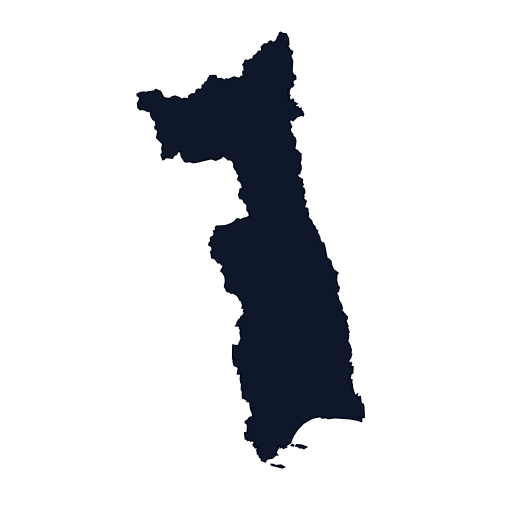 the district of Sam Roi Yot, Prachuap Khiri Khan, Thailand, rotated 77°
{"feature_id": "78962969B49973516992329", "entity_name": "Sam Roi Yot", "entity_type": "district", "adm_level": 2, "iso_a3": "THA", "parent_name": "Thailand", "parent_adm1": "Prachuap Khiri Khan", "projection": "albers", "projection_center": [99.769, 12.241], "detail": "fine", "context": "isolated", "style": "filled", "palette": "ink", "viewbox_px": 512, "rotation_deg": 77, "n_neighbors": 0, "source": "geoboundaries", "source_scale": "gbopen_adm2", "svg_char_len": 6059}
<svg xmlns="http://www.w3.org/2000/svg" viewBox="0 0 512 512"><g transform="rotate(77 256 256)"><path d="M459.2,292.3L458.5,293.4L457.8,293.3L456.9,292.3L457.1,291.5L456.2,291.1L456.6,285.3L454.3,281.8L454.6,279.8L452.4,281.1L446.3,276.2L447.3,275.1L448.2,275.4L447.7,274.0L449.6,272.6L449.0,269.2L448.1,269.7L447.2,268.8L445.9,264.6L439.9,260.5L434.6,254.9L429.7,247.6L427.2,239.8L426.6,234.7L426.9,230.0L427.2,229.1L428.7,228.3L429.3,223.8L430.6,222.5L431.3,215.5L435.5,201.6L438.5,194.5L441.0,190.4L438.0,189.6L436.9,190.4L437.6,186.8L426.6,184.8L424.2,185.1L423.6,186.8L416.4,186.0L416.5,188.8L414.9,189.2L413.5,188.4L414.5,191.0L405.9,191.7L402.2,191.1L401.4,191.6L398.3,190.4L397.3,192.2L393.3,190.6L391.1,188.8L391.7,188.2L385.8,186.4L385.2,188.8L381.9,187.0L381.2,187.4L381.8,189.7L378.5,189.1L376.1,186.5L373.1,184.9L371.1,185.4L369.2,184.3L363.9,184.7L359.3,186.1L358.1,185.1L357.4,185.4L356.8,184.5L353.9,183.6L352.8,184.0L350.8,182.5L350.7,183.2L347.6,182.8L346.1,183.7L345.3,182.2L339.2,183.1L337.4,181.1L335.7,180.7L335.0,181.7L332.3,182.5L331.7,183.5L330.5,183.5L329.0,185.0L325.7,183.6L320.7,184.1L319.9,184.9L316.2,185.5L313.7,185.1L310.4,186.1L309.3,185.9L309.1,183.8L305.3,182.0L303.0,183.0L298.0,183.1L292.5,181.6L291.0,179.9L286.9,183.6L281.0,184.6L278.1,184.2L275.2,185.9L274.4,187.4L260.2,186.9L258.4,187.3L258.3,188.6L255.8,189.9L250.7,189.9L247.4,191.1L245.4,190.4L242.8,192.2L240.9,191.9L237.9,193.8L234.4,194.0L229.9,196.6L225.9,195.2L225.3,195.7L222.3,195.0L221.0,195.5L220.2,197.5L218.9,197.8L213.9,194.8L210.2,197.3L209.2,196.0L206.5,195.8L205.7,194.6L204.2,194.0L200.9,194.1L200.0,195.3L198.6,195.8L197.1,193.9L195.0,194.6L192.0,193.6L188.0,197.6L185.3,197.0L185.5,194.8L184.3,194.7L182.0,192.8L178.3,191.8L175.5,192.4L172.3,190.6L166.4,189.3L164.9,191.1L163.0,191.6L160.5,194.3L152.8,191.3L149.2,191.6L147.7,193.5L145.8,192.7L144.2,193.9L142.0,194.3L139.9,194.1L138.1,192.2L133.4,193.2L131.5,192.8L130.7,191.3L132.5,189.5L129.6,184.8L128.9,180.1L129.9,178.4L128.4,177.7L127.6,177.9L127.3,179.1L126.3,178.0L123.7,179.3L122.2,178.9L122.3,181.4L120.2,181.5L119.4,184.5L117.6,183.9L116.9,181.8L114.0,185.1L112.6,184.3L111.7,184.6L111.5,185.3L112.7,186.8L112.1,187.6L111.0,188.1L109.8,187.7L109.5,188.6L107.8,187.6L107.6,189.1L105.5,188.7L106.5,187.1L104.2,187.7L103.6,186.6L102.0,187.4L101.5,185.8L100.4,186.4L100.7,185.5L99.1,184.2L99.4,182.6L97.7,180.7L95.5,182.1L95.2,180.9L93.5,181.0L92.4,177.4L90.4,177.1L89.2,177.1L89.1,179.0L88.1,178.3L86.0,179.3L83.7,179.3L74.2,176.5L68.6,177.3L66.5,174.9L64.8,174.4L62.8,176.8L61.1,176.8L59.0,178.3L57.6,176.6L51.4,175.5L46.2,176.8L45.3,180.0L43.6,181.6L44.2,183.2L45.8,183.5L47.5,185.7L49.8,186.9L51.9,189.5L51.5,192.0L49.9,193.1L50.1,195.0L51.6,196.0L52.0,198.4L51.3,200.2L53.7,203.8L56.8,203.9L57.8,205.6L57.1,207.3L59.7,210.2L60.6,213.2L63.8,215.2L63.1,217.4L64.0,219.6L63.0,221.7L63.2,222.8L65.4,223.9L66.4,225.7L69.1,224.9L70.4,225.5L72.3,225.3L73.5,227.4L77.6,227.8L78.2,228.6L77.6,229.9L79.4,232.4L76.7,237.0L77.8,243.4L76.8,245.3L77.8,247.0L75.1,250.4L75.2,252.5L73.9,254.6L71.7,254.4L70.9,255.4L70.0,260.3L71.0,260.7L71.6,262.1L75.2,264.4L75.2,266.4L77.7,268.2L77.5,269.9L79.9,270.4L81.4,272.3L81.6,273.1L80.5,274.2L80.8,276.6L83.6,278.1L84.3,279.6L83.7,282.2L84.8,285.2L87.0,286.0L87.9,287.7L86.8,288.7L86.2,291.0L87.0,292.9L85.0,294.5L82.0,298.9L82.2,302.4L83.3,304.3L82.0,308.4L80.7,310.4L74.1,312.1L71.2,316.3L72.5,318.4L71.8,324.1L72.2,325.9L71.1,328.3L70.8,332.1L71.7,335.5L73.3,335.5L73.8,334.5L76.1,333.6L79.4,335.7L80.2,337.0L85.0,337.6L87.5,335.9L87.3,334.3L89.1,330.6L90.5,329.5L90.8,326.5L96.1,326.9L99.7,325.7L101.9,323.6L106.7,324.0L107.4,324.6L107.3,325.4L109.1,325.6L111.3,323.6L112.5,323.5L118.4,326.2L125.8,321.6L130.5,323.7L134.0,323.5L136.1,325.7L141.2,325.1L141.0,323.7L139.6,321.8L141.9,315.5L139.3,313.2L139.2,310.9L136.9,308.6L136.6,307.6L137.9,306.0L141.8,306.3L147.7,304.3L148.5,303.5L149.2,298.7L150.6,297.0L151.2,293.7L151.1,277.7L153.6,273.7L152.6,268.0L150.7,265.8L153.8,262.8L156.0,261.6L156.1,259.8L157.9,257.5L161.7,256.7L163.7,257.5L166.4,257.1L168.7,255.6L171.5,255.7L173.3,254.0L177.4,256.6L180.9,254.1L186.6,253.5L187.5,256.6L190.3,257.5L192.0,259.0L195.5,259.0L196.4,258.6L197.5,255.9L200.9,255.5L204.0,253.1L209.3,254.5L211.5,253.2L215.6,253.2L216.9,257.5L216.4,258.6L217.3,263.1L215.8,265.1L215.7,266.7L217.4,268.7L218.9,272.6L219.7,279.1L218.1,287.9L219.1,289.1L221.8,289.3L222.2,291.7L224.3,291.5L227.0,292.8L228.0,296.2L232.2,297.0L232.4,298.3L234.5,299.5L237.1,297.0L238.6,297.2L240.3,296.5L240.7,298.1L242.5,299.5L243.2,299.0L247.7,299.5L249.5,296.6L254.1,294.5L254.5,292.3L256.8,291.6L256.8,290.9L258.2,289.7L262.7,293.6L264.9,292.0L269.3,290.8L274.2,291.5L278.8,293.6L281.5,292.6L283.2,292.6L284.4,291.7L285.2,289.4L286.7,288.8L286.4,287.4L289.2,284.0L292.1,282.3L295.5,281.6L296.2,280.5L300.7,279.9L303.6,281.3L304.3,279.6L305.4,279.4L307.0,280.7L309.2,279.8L310.2,281.6L311.3,281.7L311.5,283.9L313.7,285.5L314.0,286.8L316.3,289.1L318.7,290.2L319.4,291.3L320.2,288.9L321.9,287.6L323.4,288.3L323.8,286.7L326.8,288.7L333.3,289.0L339.6,293.7L337.6,298.6L351.1,301.9L351.7,300.8L353.1,301.9L357.6,302.0L360.7,298.1L366.7,300.6L367.6,297.4L372.6,299.0L376.1,299.2L376.3,298.5L383.1,300.3L385.7,299.3L386.7,300.2L391.3,301.0L393.4,298.0L395.9,297.2L396.4,295.3L397.2,294.9L404.0,295.6L408.9,294.8L411.1,295.0L412.0,296.1L411.9,298.5L414.2,301.4L414.7,303.5L416.1,303.9L417.2,302.6L419.3,302.3L426.1,304.3L425.8,306.9L431.9,307.5L432.4,305.7L433.8,305.8L434.2,302.7L435.3,302.8L435.1,300.6L437.2,299.2L437.9,299.0L438.1,300.4L439.6,301.3L441.9,300.3L442.1,299.0L442.7,299.3L442.6,298.4L443.6,297.7L445.8,299.0L446.7,298.4L448.1,299.1L449.7,298.7L450.2,297.9L452.9,297.7L453.8,296.3L456.4,296.7L459.2,292.3ZM450.5,258.4L452.7,256.6L453.1,254.4L454.4,252.8L453.5,249.7L450.4,254.4L449.1,259.1L450.2,259.8L450.5,258.4ZM463.3,287.9L468.4,277.8L468.0,275.9L465.3,278.9L464.8,284.0L463.2,285.7L462.5,288.1L463.3,287.9ZM448.9,261.8L447.7,263.2L448.5,264.2L449.5,262.4L448.9,261.8Z" fill="#0f172a" stroke="#020617" stroke-width="1.5"/></g></svg>